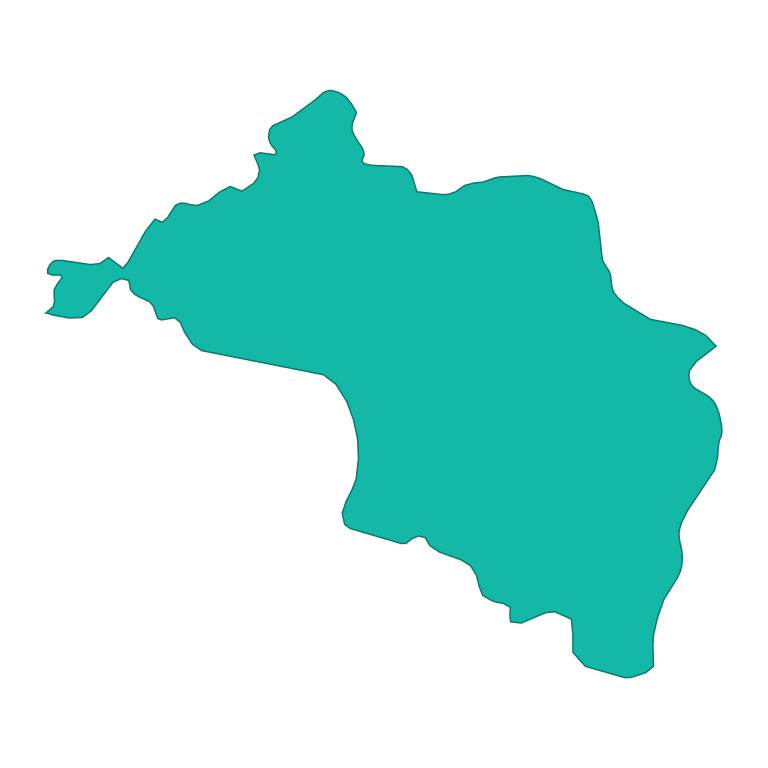 an SVG outline of Narayani
{"feature_id": "NPL-1132", "entity_name": "Narayani", "entity_type": "Administrative Zone", "adm_level": 1, "iso_a3": "NPL", "parent_name": "Nepal", "parent_adm1": "", "projection": "natural_earth1", "projection_center": [84.782, 27.311], "detail": "fine", "context": "isolated", "style": "filled", "palette": "teal", "viewbox_px": 768, "rotation_deg": 0, "n_neighbors": 0, "source": "natural_earth", "source_scale": "10m", "svg_char_len": 2682}
<svg xmlns="http://www.w3.org/2000/svg" viewBox="0 0 768 768"><path d="M653.5,665.8L652.6,667.0L645.8,672.6L631.0,677.4L624.6,677.6L585.5,666.4L573.0,652.4L572.9,634.7L571.4,619.2L554.8,611.7L545.2,612.8L521.4,623.0L510.6,621.9L509.9,615.0L510.4,607.3L503.1,603.3L497.7,602.5L492.4,600.9L482.7,595.4L479.1,586.1L476.6,575.5L470.5,565.7L461.0,559.8L439.8,552.2L429.9,545.7L425.3,537.6L418.7,536.0L411.7,538.7L406.0,543.4L401.2,543.5L350.2,528.5L344.7,524.3L342.2,513.3L346.0,501.7L352.0,489.9L356.2,478.9L358.5,458.5L357.6,438.9L353.6,419.9L346.7,401.3L335.9,384.2L323.4,374.7L201.6,350.6L192.4,344.2L184.5,332.0L180.3,322.4L174.6,317.7L161.8,319.9L157.8,318.6L153.3,306.1L149.3,301.4L139.1,297.0L134.6,294.1L130.6,289.8L128.8,280.4L121.3,278.6L112.9,282.3L91.3,310.9L82.3,317.5L68.9,318.0L52.0,314.8L46.5,312.8L46.1,312.9L46.4,312.6L53.2,306.8L54.6,301.3L54.1,295.5L54.2,289.6L57.4,283.9L62.1,277.6L60.7,275.1L51.8,275.0L47.7,273.3L47.6,269.3L50.0,264.7L53.3,261.3L56.8,260.4L61.8,260.4L90.4,264.6L99.9,263.6L108.5,257.5L122.9,268.3L128.1,262.1L145.5,231.2L155.0,219.1L162.1,222.3L167.4,217.9L175.3,205.5L180.4,203.1L185.0,203.3L190.2,204.7L197.1,205.5L208.8,200.9L219.4,192.2L230.2,186.5L242.0,191.2L253.7,183.3L257.9,177.7L259.6,170.2L258.0,164.3L254.0,155.1L260.1,152.8L274.6,154.7L276.4,153.2L275.8,150.2L274.0,148.0L272.2,146.2L270.1,142.8L268.5,137.8L269.6,129.7L272.8,125.7L292.0,117.0L314.7,100.3L323.5,92.5L326.2,91.4L330.0,90.4L334.6,91.2L338.6,92.6L342.4,94.6L346.6,97.7L351.4,103.8L356.4,112.3L355.4,115.7L352.9,121.9L352.2,124.9L351.9,127.6L352.3,131.1L354.0,135.0L357.1,140.5L362.5,148.4L363.8,152.5L364.1,155.5L362.1,159.2L362.3,161.7L364.3,163.8L371.2,165.3L402.3,166.7L406.7,169.0L409.9,172.5L411.9,175.4L416.9,191.8L443.6,194.7L448.7,194.2L455.5,191.9L464.6,185.5L474.1,183.0L482.9,182.1L494.6,178.0L499.2,177.0L528.2,175.5L534.0,176.6L541.1,178.9L563.0,189.5L583.5,194.0L588.1,195.9L590.4,198.7L592.5,202.7L598.1,221.7L601.7,253.9L602.4,259.7L603.8,262.8L605.8,266.2L607.8,269.1L609.4,271.9L610.5,275.0L611.9,286.8L612.0,287.5L613.7,292.4L617.9,297.7L623.8,303.2L650.4,319.4L668.7,322.8L682.3,325.4L695.0,329.5L705.7,335.4L716.1,346.2L696.4,361.4L689.7,370.2L689.0,373.8L689.0,378.3L690.3,382.8L692.4,386.1L696.1,389.2L706.5,395.1L709.9,397.7L712.5,400.2L714.6,402.9L716.9,407.5L719.3,414.3L721.6,426.2L721.9,432.0L721.1,436.4L720.0,438.6L719.2,441.2L718.5,445.2L717.4,458.3L714.7,469.7L687.8,510.1L681.7,522.2L679.8,528.1L678.9,534.0L679.2,538.0L679.9,542.5L680.8,545.5L681.7,550.3L682.4,556.7L681.8,565.7L680.2,571.6L677.7,577.2L663.9,599.4L657.4,618.1L653.6,634.3L652.9,644.7L653.5,665.6L653.5,665.8Z" fill="#14b8a6" stroke="#0f766e" stroke-width="1.5"/></svg>